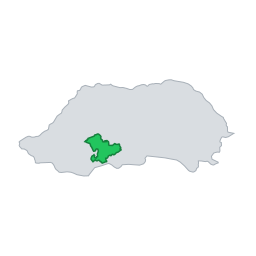 where Heves sits in Hungary, rotated 189°
{"feature_id": "HUN-3174", "entity_name": "Heves", "entity_type": "County", "adm_level": 1, "iso_a3": "HUN", "parent_name": "Hungary", "parent_adm1": "", "projection": "robinson", "projection_center": [20.209, 47.788], "detail": "fine", "context": "in_parent", "style": "filled", "palette": "green", "viewbox_px": 256, "rotation_deg": 189, "n_neighbors": 0, "source": "natural_earth", "source_scale": "10m", "svg_char_len": 4136}
<svg xmlns="http://www.w3.org/2000/svg" viewBox="0 0 256 256"><g transform="rotate(189 128 128)"><path d="M210.2,79.3L213.1,79.0L213.3,79.1L214.0,79.2L214.5,81.1L215.3,82.4L215.9,83.9L217.0,85.1L219.3,85.6L222.3,87.1L224.2,89.9L227.1,91.0L227.4,91.1L227.9,90.9L230.0,90.8L230.4,91.4L232.1,92.7L232.8,93.9L232.5,95.2L232.8,96.6L233.4,97.1L232.7,98.1L227.3,102.9L225.2,104.2L223.8,104.4L221.6,103.9L219.3,104.3L217.3,105.3L215.4,105.7L214.0,106.9L212.1,109.5L209.9,111.7L207.6,113.1L206.4,114.3L206.3,118.6L205.1,119.8L203.4,121.0L202.5,122.1L199.9,128.6L197.9,130.7L196.1,132.3L195.8,133.7L195.8,135.4L193.7,138.7L190.9,142.1L190.4,143.5L191.0,145.5L188.4,147.6L186.8,148.7L185.5,149.2L184.8,150.6L183.4,153.9L183.8,155.4L183.8,156.8L181.6,157.6L180.9,159.1L180.4,161.0L179.4,161.9L176.9,163.4L170.5,162.7L168.1,163.3L167.4,164.4L167.2,165.3L166.5,166.1L165.0,167.2L163.5,167.6L160.2,166.3L153.1,167.7L151.9,168.6L150.9,167.9L149.4,167.3L142.3,166.6L139.4,167.2L135.7,166.9L132.2,166.3L129.6,166.8L127.3,169.4L126.2,170.3L125.3,170.9L123.3,171.7L121.7,172.7L119.5,173.4L117.6,173.3L115.7,172.2L115.0,172.5L114.5,173.5L113.5,174.4L110.7,175.5L110.0,175.5L109.8,175.5L107.7,176.3L104.2,176.7L102.5,176.4L99.3,180.1L98.3,180.8L95.3,181.9L92.8,182.4L90.6,182.0L89.8,181.9L80.4,181.8L75.5,181.0L72.3,179.5L70.3,177.9L69.3,176.2L66.8,175.1L63.0,174.7L60.0,173.0L57.9,169.9L55.1,167.4L51.4,165.5L48.6,163.0L46.5,159.6L42.7,156.6L37.2,154.0L35.5,153.4L35.2,152.5L32.5,149.2L31.4,148.0L31.5,146.4L31.0,145.4L30.0,144.8L29.5,142.4L29.3,140.6L28.5,139.5L22.6,139.3L27.6,135.0L30.1,133.9L33.0,134.1L33.9,133.7L34.2,133.1L34.7,131.7L35.0,130.4L35.2,129.2L34.9,128.5L33.6,128.3L32.9,125.3L33.7,124.1L34.4,123.3L33.6,119.7L33.9,118.4L36.1,118.2L38.0,117.4L39.5,116.6L40.0,115.4L41.2,113.1L40.1,110.3L33.7,108.4L33.4,107.7L34.9,106.9L36.5,105.8L37.5,104.9L38.7,104.8L40.5,105.2L43.5,107.3L44.7,107.6L45.9,107.0L47.1,106.9L50.6,106.9L53.4,106.5L52.8,104.3L52.9,102.7L52.4,101.4L52.7,100.0L53.9,98.9L54.3,96.5L56.1,94.9L57.0,94.6L60.2,94.9L60.9,95.3L61.4,95.4L66.4,99.5L71.1,102.5L75.0,104.0L80.8,104.1L86.9,104.3L97.2,103.8L104.9,103.4L105.4,102.6L106.5,100.8L105.6,99.3L105.7,97.4L107.0,95.1L110.8,93.1L121.7,92.2L127.9,90.8L128.9,88.8L130.9,86.8L132.8,86.4L135.4,87.3L138.5,89.1L141.3,90.0L142.9,89.4L148.4,86.5L154.7,83.6L159.1,75.8L159.5,74.6L164.2,73.7L171.1,73.9L174.7,74.9L177.3,75.4L181.3,75.2L187.0,73.6L189.2,73.6L190.8,74.8L192.6,75.8L193.8,77.1L194.8,78.8L195.3,79.5L196.1,80.4L197.5,81.6L199.0,81.9L209.6,79.8L210.2,79.3Z" fill="#d9dde1" stroke="#a8b0b8" stroke-width="1"/><path d="M168.4,107.8L168.2,108.1L168.0,108.5L167.6,109.0L166.7,109.3L166.4,109.5L166.6,110.0L166.5,110.3L166.4,110.4L166.2,110.5L165.9,110.6L165.9,110.8L165.8,111.5L160.3,114.6L160.0,115.0L159.8,115.8L159.4,116.1L158.3,116.4L158.1,116.6L157.7,117.0L157.4,117.2L156.7,117.4L156.0,117.3L154.2,116.2L153.7,115.7L153.3,115.0L153.5,114.1L153.0,112.9L151.8,112.3L151.2,111.7L150.9,110.6L150.5,110.4L147.5,111.1L147.8,111.6L148.3,111.9L146.8,112.3L145.1,111.3L144.6,109.8L144.4,108.2L143.2,107.9L141.7,108.3L141.0,108.1L140.4,108.6L138.7,110.5L138.3,110.5L137.7,110.0L136.0,110.1L134.3,110.8L133.8,110.3L133.8,109.7L133.0,108.4L132.4,107.9L132.0,107.2L132.4,106.7L132.6,106.1L132.2,106.1L131.8,105.9L131.4,105.3L134.3,102.4L135.5,102.0L137.0,99.8L137.9,99.3L138.9,99.7L139.7,99.3L140.0,98.6L140.5,98.0L141.0,98.0L141.4,98.3L142.3,97.9L143.1,97.2L143.2,96.3L143.6,95.3L144.3,94.7L145.3,94.6L145.0,93.4L144.4,92.3L144.0,92.2L143.8,91.9L143.9,91.4L144.4,91.2L145.2,91.0L145.9,90.4L146.8,90.0L147.0,89.8L147.4,89.6L148.0,89.3L148.8,89.9L149.4,90.5L149.9,90.4L150.3,90.6L150.7,91.1L151.2,91.5L152.3,91.5L153.2,90.8L154.3,90.7L155.4,91.4L157.3,89.2L159.0,90.7L159.5,91.1L159.7,92.1L159.6,92.9L159.2,94.5L157.8,95.7L157.4,96.3L156.6,95.4L156.6,94.3L156.3,93.6L154.8,93.3L154.4,94.7L153.6,95.0L153.8,96.3L154.2,97.7L153.8,99.3L153.8,100.9L154.5,102.4L155.8,102.4L156.5,101.7L156.5,100.6L157.2,100.0L158.3,99.7L158.5,100.1L158.8,100.2L160.8,103.2L162.2,104.6L162.6,105.8L163.3,106.7L166.7,107.3L167.4,107.7L168.4,107.8Z" fill="#22c55e" stroke="#15803d" stroke-width="1.5"/></g></svg>